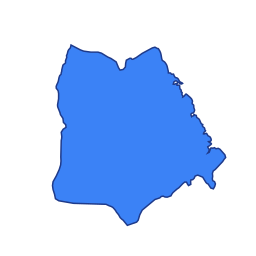 the Region of Lindi, rotated 346°
{"feature_id": "TZA-3387", "entity_name": "Lindi", "entity_type": "Region", "adm_level": 1, "iso_a3": "TZA", "parent_name": "United Republic of Tanzania", "parent_adm1": "", "projection": "natural_earth1", "projection_center": [38.938, -9.38], "detail": "fine", "context": "isolated", "style": "filled", "palette": "blue", "viewbox_px": 256, "rotation_deg": 346, "n_neighbors": 0, "source": "natural_earth", "source_scale": "10m", "svg_char_len": 3786}
<svg xmlns="http://www.w3.org/2000/svg" viewBox="0 0 256 256"><g transform="rotate(346 128 128)"><path d="M176.6,58.3L177.0,59.4L177.5,61.1L177.8,63.0L177.8,65.0L177.5,68.8L177.6,70.6L179.5,72.8L180.2,74.4L180.7,76.0L180.9,77.5L180.8,83.0L180.5,84.3L182.5,84.9L182.8,85.3L183.0,85.9L183.2,86.3L183.8,86.5L185.0,86.6L185.3,87.0L185.3,87.8L185.6,89.2L186.1,90.3L186.7,90.8L187.4,91.1L188.1,91.7L188.6,92.6L189.2,94.9L189.8,96.0L191.4,97.3L191.8,97.9L191.0,98.2L190.3,98.2L189.9,98.0L189.1,97.3L189.0,97.1L187.9,96.0L186.7,94.3L185.9,93.8L184.8,93.9L184.2,94.2L183.8,94.3L183.6,94.5L182.5,96.4L183.3,96.8L186.7,96.4L186.0,97.5L185.8,98.2L186.2,98.5L187.3,98.6L188.3,99.0L188.3,99.9L188.0,101.2L187.9,102.7L188.0,102.9L188.5,103.4L188.6,103.6L188.7,104.9L188.6,105.0L188.3,105.6L188.3,105.9L188.4,106.0L188.7,106.1L188.9,106.3L189.1,106.7L188.9,107.4L188.6,107.8L188.4,108.3L188.5,109.0L188.9,110.0L188.9,110.5L188.6,111.2L189.4,111.0L190.4,110.5L191.3,109.8L192.0,109.2L192.6,109.1L193.4,110.0L195.9,113.6L196.8,115.4L197.1,117.5L196.2,119.5L196.2,120.0L196.5,120.5L196.9,121.1L197.2,121.6L197.2,122.3L196.9,123.6L196.8,124.3L197.0,126.4L196.8,127.2L196.0,128.3L195.3,129.1L194.8,129.2L194.2,129.1L193.3,129.2L192.6,129.6L192.3,130.2L192.3,131.1L192.5,132.4L193.0,132.1L193.7,132.0L194.8,131.9L195.0,131.2L195.3,130.9L195.8,131.2L196.2,131.7L196.4,131.8L196.6,131.9L197.2,132.2L197.3,132.9L197.2,133.6L197.2,134.2L197.6,134.8L198.9,136.2L199.4,137.5L200.0,141.1L200.6,142.1L201.4,142.7L201.3,143.1L200.8,143.5L200.7,144.0L201.0,144.8L201.2,145.2L202.0,146.1L202.3,146.8L202.1,148.1L202.6,149.4L202.2,149.8L201.0,150.3L200.1,151.4L199.8,151.9L200.3,152.2L202.5,152.1L202.9,152.2L203.1,152.6L203.6,154.4L203.9,155.1L204.8,155.8L205.3,156.3L205.7,157.1L206.0,159.0L205.6,160.3L204.6,160.9L202.9,160.7L203.4,161.6L205.0,163.0L205.1,163.6L204.5,164.1L202.5,165.0L200.8,165.5L200.8,166.3L201.5,167.9L201.4,169.1L200.9,170.1L200.3,170.8L199.5,171.5L200.9,171.2L203.5,167.5L204.7,167.7L205.4,168.2L207.1,168.0L208.3,169.4L209.1,169.5L209.9,169.5L210.7,169.6L212.1,170.9L215.5,177.4L215.6,180.3L213.7,181.6L211.8,183.4L202.7,189.3L200.3,190.3L198.9,192.5L198.5,195.3L197.5,197.8L197.5,199.6L199.0,201.0L199.3,203.4L198.0,205.7L196.1,207.7L193.8,206.3L192.2,201.7L191.3,201.0L190.5,199.8L188.6,193.8L184.3,190.6L182.9,190.7L181.5,190.9L180.0,192.8L178.3,193.8L176.5,193.6L175.8,195.1L175.3,197.9L172.8,198.5L172.1,196.7L171.7,194.7L169.9,194.2L167.6,195.3L162.9,198.3L160.3,199.3L155.9,201.6L154.4,202.9L153.3,204.2L149.4,204.6L147.2,203.9L145.6,202.6L143.7,202.5L141.9,203.5L136.8,203.9L121.9,211.1L118.4,215.1L115.6,219.9L113.6,221.4L103.8,222.3L101.0,216.3L99.7,214.7L98.7,213.0L97.9,209.9L96.5,207.0L96.1,205.6L95.5,204.0L94.1,201.4L92.6,200.0L90.9,198.9L88.2,196.7L56.9,187.9L43.3,181.9L40.5,179.1L40.7,174.4L40.4,169.6L40.8,165.6L42.3,162.0L46.9,157.1L51.2,151.7L53.7,147.6L55.0,143.8L55.8,139.9L60.2,123.9L61.1,122.1L61.7,120.2L62.2,116.0L64.8,113.5L68.0,112.4L68.4,109.8L66.7,107.0L67.2,102.9L65.7,98.7L65.7,96.5L64.9,90.5L65.2,88.6L67.7,82.9L69.0,77.8L69.1,76.4L69.2,75.0L68.9,74.1L68.0,72.1L68.4,70.2L69.6,68.5L70.7,67.2L71.7,65.7L73.3,62.3L74.4,60.7L74.7,60.4L75.5,60.1L75.9,59.8L76.2,59.3L76.5,58.4L77.3,57.1L78.0,55.2L79.9,51.6L80.4,51.0L81.2,50.6L82.2,50.3L83.1,49.7L83.4,48.7L83.6,47.7L84.1,46.9L85.5,44.9L85.7,44.5L85.7,44.0L85.8,43.4L85.9,42.8L86.2,42.4L86.6,42.0L86.9,41.6L88.1,39.3L88.7,38.4L89.6,37.5L91.1,36.6L91.5,36.1L91.9,35.5L92.5,34.3L92.8,33.7L100.7,40.7L103.6,42.7L110.3,45.4L117.2,47.1L120.4,49.0L125.6,54.3L128.3,56.4L132.5,61.0L133.4,67.3L134.3,69.9L137.6,70.0L140.2,68.2L141.4,64.6L142.8,61.8L146.8,60.8L147.9,61.2L148.4,62.2L149.3,62.5L152.9,61.7L159.9,59.0L170.9,56.2L173.7,56.1L175.8,58.0L176.6,58.3Z" fill="#3b82f6" stroke="#1e3a8a" stroke-width="1.5"/></g></svg>